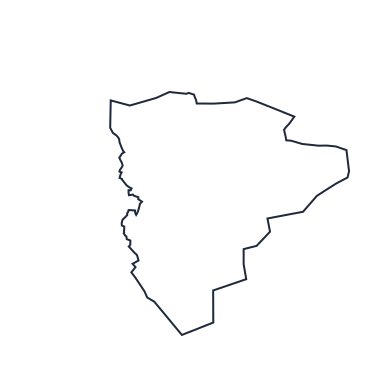 the district of Ilesha West, Osun, Nigeria, rotated 125°
{"feature_id": "59680162B98234428566305", "entity_name": "Ilesha West", "entity_type": "district", "adm_level": 2, "iso_a3": "NGA", "parent_name": "Nigeria", "parent_adm1": "Osun", "projection": "equal_earth", "projection_center": [4.729, 7.638], "detail": "fine", "context": "isolated", "style": "outline", "palette": "slate", "viewbox_px": 384, "rotation_deg": 125, "n_neighbors": 0, "source": "geoboundaries", "source_scale": "gbopen_adm2", "svg_char_len": 1825}
<svg xmlns="http://www.w3.org/2000/svg" viewBox="0 0 384 384"><g transform="rotate(125 192 192)"><path d="M85.0,75.2L69.1,89.5L72.2,100.3L76.5,108.0L81.6,115.1L84.0,119.5L89.4,129.2L92.1,137.3L93.3,140.6L95.6,144.4L92.6,147.4L92.0,148.1L88.3,152.3L85.1,152.2L80.0,151.5L71.6,151.4L80.9,191.2L83.7,201.0L92.6,207.3L94.0,208.3L97.8,213.1L107.0,224.7L116.8,238.9L115.6,240.1L114.4,241.4L113.5,242.7L112.7,244.1L111.1,246.2L112.7,251.6L114.7,252.8L123.1,267.9L135.5,275.3L156.8,292.5L163.6,311.1L186.4,295.8L189.0,290.6L189.0,286.2L189.7,283.7L190.4,282.1L192.8,279.9L196.0,275.2L197.9,272.0L198.3,270.3L200.7,271.4L205.7,271.2L208.4,266.1L210.2,263.9L212.3,263.7L215.3,263.7L216.9,263.2L216.3,260.9L218.3,260.7L222.0,259.4L221.5,256.7L222.1,256.1L222.6,254.2L223.9,250.0L224.1,248.7L224.1,247.3L224.1,245.7L223.7,243.6L225.8,243.2L226.9,245.0L228.7,243.8L230.8,241.8L228.0,238.9L228.4,237.6L227.1,232.9L228.7,231.9L228.6,227.4L230.9,227.8L231.9,227.8L232.4,227.4L232.9,227.4L233.6,227.0L234.9,226.5L235.7,226.2L237.8,225.5L239.2,225.1L241.0,224.7L242.8,224.6L242.0,226.1L240.9,227.3L239.8,228.0L240.3,229.1L240.9,229.6L241.2,230.5L241.8,231.4L242.1,231.9L242.6,232.5L242.8,233.3L243.4,233.6L244.1,233.2L245.0,232.9L246.4,233.0L248.1,231.8L252.2,232.5L254.6,233.0L258.1,231.6L259.7,230.2L259.2,227.6L261.4,226.2L263.6,224.9L263.8,224.5L265.1,224.2L265.7,222.5L266.1,221.1L266.0,220.3L267.0,219.4L268.0,218.4L267.1,214.7L270.4,212.4L272.3,212.3L272.9,212.5L274.8,204.1L275.0,201.9L275.5,200.5L278.8,196.5L284.9,199.5L285.9,195.2L292.6,195.6L294.7,189.1L300.6,174.0L304.1,168.2L303.5,159.9L314.9,118.3L286.7,99.7L260.5,118.2L232.3,97.6L221.5,108.3L209.5,116.7L209.1,116.9L199.1,108.2L179.8,105.3L170.4,115.0L144.5,89.7L123.6,87.5L114.7,83.9L102.2,78.7L90.9,72.9L85.0,75.2Z" fill="none" stroke="#1e293b" stroke-width="2"/></g></svg>